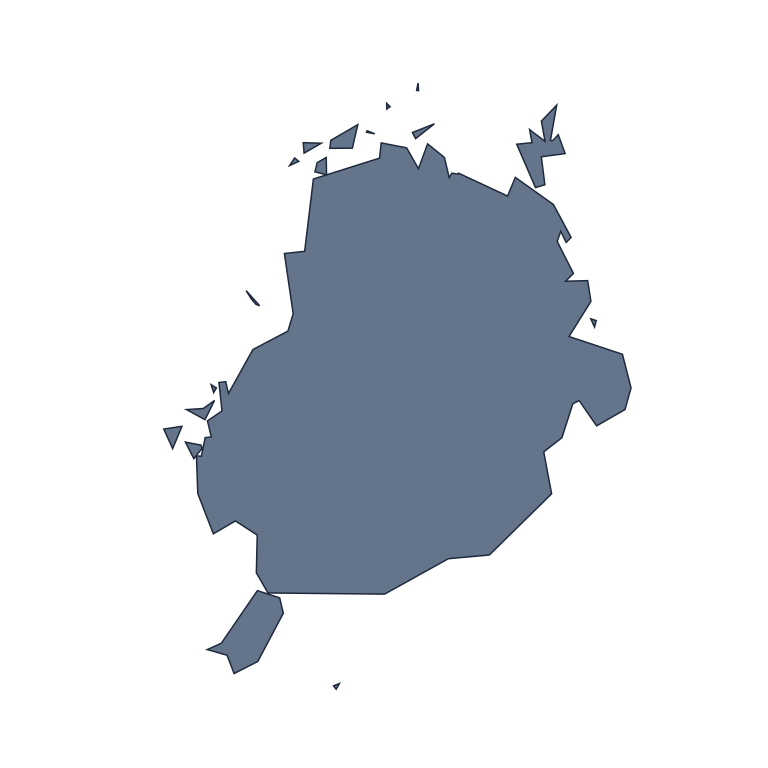 outline of Bohol, Bohol, Philippines, rotated 343°
{"feature_id": "2640588B19040020708567", "entity_name": "Bohol", "entity_type": "district", "adm_level": 2, "iso_a3": "PHL", "parent_name": "Philippines", "parent_adm1": "Bohol", "projection": "equal_earth", "projection_center": [124.147, 9.869], "detail": "medium", "context": "isolated", "style": "filled", "palette": "slate", "viewbox_px": 768, "rotation_deg": 343, "n_neighbors": 0, "source": "geoboundaries", "source_scale": "gbopen_adm2", "svg_char_len": 1964}
<svg xmlns="http://www.w3.org/2000/svg" viewBox="0 0 768 768"><g transform="rotate(343 384 384)"><path d="M557.1,240.4L517.3,204.5L517.1,204.5L516.9,204.3L516.7,204.9L515.6,204.7L510.6,202.2L506.7,205.6L508.0,185.0L495.9,167.1L479.9,188.2L474.7,164.8L451.8,152.6L445.8,166.7L376.4,167.3L346.9,233.9L326.9,230.1L317.7,290.2L307.6,305.3L268.7,312.7L232.5,347.6L233.3,335.5L226.6,334.3L221.2,362.4L204.4,367.6L203.4,384.1L197.3,383.0L188.2,399.7L183.6,397.9L173.9,434.3L177.0,477.4L201.8,471.5L218.6,491.4L206.7,527.3L211.9,549.9L323.1,585.1L394.4,569.9L434.8,578.3L512.2,538.0L516.9,495.6L538.4,487.4L558.9,458.0L565.8,457.0L575.1,486.2L607.0,478.9L619.1,460.0L620.7,425.3L574.8,392.7L606.0,365.5L609.0,344.7L587.7,338.8L597.5,333.6L591.3,298.3L597.6,289.7L599.6,301.9L605.8,298.5L598.5,261.9L570.0,224.8L557.1,240.4ZM202.5,544.6L152.7,584.3L137.3,586.3L154.6,597.5L156.0,617.1L182.2,612.4L220.7,573.8L221.7,558.0L202.5,544.6ZM630.7,167.8L611.4,178.6L608.9,199.0L597.6,183.3L596.1,196.5L581.0,193.5L586.3,240.5L596.1,240.5L600.9,212.7L624.6,216.6L623.5,196.5L617.5,200.1L615.7,200.5L614.4,199.7L630.7,167.8ZM434.8,128.3L404.4,135.4L401.1,142.8L422.7,149.2L434.8,128.3ZM178.4,365.4L160.2,362.7L163.0,384.0L178.4,365.4ZM187.6,350.7L202.4,365.8L217.1,350.2L204.1,354.6L187.6,350.7ZM177.1,381.5L180.3,399.8L191.2,392.4L191.1,388.9L177.1,381.5ZM508.3,149.9L484.7,151.8L486.0,158.6L508.3,149.9ZM394.4,135.4L377.3,129.6L375.1,139.9L394.4,135.4ZM395.0,150.5L384.9,152.7L380.0,160.9L390.2,167.2L395.0,150.5ZM253.8,657.4L247.5,657.9L249.0,661.9L253.8,657.4ZM605.5,385.4L600.8,382.1L602.0,391.1L605.5,385.4ZM364.6,141.7L357.6,147.5L367.6,146.2L364.6,141.7ZM448.4,142.1L442.0,136.9L440.9,138.1L448.4,142.1ZM470.9,120.6L468.6,116.4L467.1,121.8L470.9,120.6ZM288.0,272.8L279.4,254.4L281.9,263.6L284.8,270.4L288.0,272.8ZM504.6,106.1L501.0,112.8L502.8,113.6L504.6,106.1ZM222.6,338.8L218.5,334.1L218.6,342.4L222.6,338.8Z" fill="#64748b" stroke="#1e293b" stroke-width="1.5"/></g></svg>